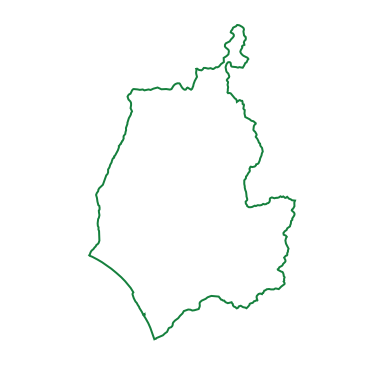 Chincha, Ica, Peru, rotated 333°
{"feature_id": "86281439B74998142298356", "entity_name": "Chincha", "entity_type": "district", "adm_level": 2, "iso_a3": "PER", "parent_name": "Peru", "parent_adm1": "Ica", "projection": "mercator", "projection_center": [-75.886, -13.298], "detail": "fine", "context": "isolated", "style": "outline", "palette": "green", "viewbox_px": 384, "rotation_deg": 333, "n_neighbors": 0, "source": "geoboundaries", "source_scale": "gbopen_adm2", "svg_char_len": 5981}
<svg xmlns="http://www.w3.org/2000/svg" viewBox="0 0 384 384"><g transform="rotate(333 192 192)"><path d="M71.7,201.7L71.9,202.4L73.7,204.4L77.2,209.4L80.0,213.8L85.3,223.8L87.9,229.8L90.3,235.9L91.9,241.1L93.8,249.6L94.2,254.8L93.0,255.5L92.5,256.3L91.9,260.3L91.9,264.0L92.4,265.7L92.4,267.9L92.7,270.4L92.5,271.3L92.9,276.1L92.8,278.9L93.1,279.2L93.4,278.9L93.9,279.0L93.5,279.3L93.9,279.4L94.1,280.0L93.4,280.4L93.2,279.8L93.0,280.5L93.3,283.7L93.5,289.1L93.2,294.2L91.6,306.1L92.3,306.1L93.1,306.4L93.8,306.0L101.0,306.5L103.7,305.7L106.3,305.3L109.3,302.9L110.0,302.7L112.0,303.0L113.5,302.5L114.5,301.6L115.2,300.4L116.1,299.7L118.5,298.8L122.4,298.2L125.1,296.9L128.4,295.9L130.6,294.4L135.3,295.0L137.2,296.2L138.4,297.7L140.3,298.4L144.8,299.3L146.7,297.7L147.3,296.9L148.3,294.5L149.2,293.8L151.3,293.2L155.7,293.4L158.0,292.9L160.9,293.2L162.1,293.4L168.3,297.3L169.1,301.2L169.9,301.8L170.5,303.0L171.4,303.4L171.8,305.3L173.4,307.3L177.2,308.2L177.2,309.5L177.5,310.4L177.0,311.7L177.3,313.0L178.5,314.5L178.9,315.9L179.7,316.1L180.9,315.9L181.7,315.2L182.2,315.2L183.8,315.5L185.2,317.8L187.0,319.2L187.8,320.3L190.3,319.5L192.1,318.6L192.5,318.0L193.3,317.8L195.8,318.3L197.8,317.5L198.6,317.8L199.9,317.7L200.9,318.3L201.1,318.2L201.6,315.4L202.0,315.0L202.1,314.5L202.6,314.0L205.0,313.1L206.6,313.4L208.0,314.8L209.0,314.1L209.6,314.3L211.6,312.7L212.8,312.9L214.4,312.6L216.6,313.4L218.1,314.6L220.6,315.9L222.1,315.8L222.9,316.0L225.2,317.9L228.5,316.8L232.5,316.1L232.9,315.7L233.2,314.7L233.0,313.3L233.9,312.8L234.5,311.3L235.8,310.0L235.6,308.4L236.0,307.6L236.4,305.8L236.3,304.3L235.5,303.6L234.0,301.5L233.2,300.3L233.3,299.8L234.3,299.6L235.7,298.7L238.7,298.6L239.8,298.1L240.4,297.5L243.2,296.6L243.7,296.3L244.3,295.2L244.3,292.3L246.6,291.4L247.7,291.6L248.4,291.2L249.0,289.8L250.4,288.7L250.9,287.7L252.3,286.3L252.3,280.6L253.2,277.6L254.9,275.7L256.1,275.0L255.7,273.3L254.3,271.7L254.8,270.1L256.7,269.1L259.0,268.8L260.4,267.6L263.7,267.1L264.6,266.0L265.6,265.2L267.1,262.9L268.8,262.3L269.3,261.1L272.0,259.6L273.0,258.8L273.6,257.5L273.5,256.4L272.5,253.8L273.1,253.1L274.6,252.7L276.8,251.2L278.4,247.8L279.9,246.4L277.4,244.8L276.7,243.4L275.4,242.0L274.6,239.5L272.9,239.8L272.3,239.5L271.3,237.4L269.8,237.3L268.8,236.0L266.9,236.3L264.9,235.8L264.5,235.4L262.6,235.0L260.7,233.1L259.0,233.0L258.2,233.5L257.4,235.1L256.3,236.1L254.9,236.5L254.0,236.2L252.4,236.4L251.0,235.9L250.0,234.9L248.1,235.2L246.3,234.7L244.6,233.6L242.5,233.5L241.8,232.7L238.7,232.6L237.4,232.2L235.8,231.4L234.8,229.7L235.0,228.7L234.7,226.8L235.4,225.0L237.5,224.2L238.0,223.4L238.6,220.5L238.9,220.0L240.2,216.5L240.4,214.4L241.0,212.0L241.6,210.8L242.2,208.6L243.9,205.3L246.1,204.4L247.2,202.7L248.3,202.4L251.0,200.6L252.5,200.0L253.2,199.3L253.7,197.5L255.5,196.1L255.9,196.1L256.9,197.1L259.4,197.8L261.1,197.3L261.7,196.5L263.3,196.8L264.3,196.6L266.6,194.7L268.0,193.0L270.5,191.0L271.8,189.3L273.4,188.1L274.4,184.6L273.9,181.7L274.6,179.8L274.0,178.3L274.3,176.9L274.3,174.1L273.8,171.9L274.0,171.5L275.1,170.9L275.7,170.0L275.6,167.1L275.0,165.5L274.9,164.5L277.0,161.4L278.5,160.4L279.8,160.1L280.0,159.6L278.9,156.9L277.5,155.7L276.9,154.8L276.4,153.4L273.5,149.4L274.4,145.9L276.2,142.9L275.7,141.8L275.7,140.9L277.8,138.1L277.9,137.5L277.3,137.1L277.1,136.5L277.9,134.8L278.1,133.6L277.0,132.9L276.4,131.9L276.0,131.7L272.9,132.1L273.4,130.7L273.4,129.3L272.7,128.1L271.3,121.8L270.5,120.9L269.0,120.3L268.8,119.4L269.9,118.0L270.6,116.6L271.8,115.0L272.3,112.7L273.9,110.7L274.1,109.9L273.7,108.8L273.8,108.1L274.7,107.5L277.0,106.7L277.7,105.9L278.1,102.9L277.4,100.8L277.5,99.6L278.6,96.0L280.9,93.7L282.8,92.8L283.8,93.0L284.7,93.6L285.0,94.6L284.1,97.2L284.2,98.1L284.7,98.6L288.1,100.8L289.1,101.8L289.6,102.1L290.8,102.2L293.6,104.3L295.5,103.2L298.2,101.2L299.4,101.3L301.5,99.6L302.6,99.1L302.4,97.6L299.7,94.0L299.1,92.6L298.6,90.6L298.7,89.0L299.7,87.9L302.3,86.2L302.7,84.9L303.7,84.6L305.5,84.7L306.2,82.1L307.7,81.0L308.9,80.7L309.6,79.8L310.2,78.3L309.8,77.7L309.8,76.9L309.5,76.4L309.5,76.0L310.7,72.3L312.0,70.9L312.2,70.4L312.3,69.2L311.7,67.7L309.9,65.0L308.3,63.8L307.9,63.7L306.5,64.3L303.5,64.2L303.0,64.4L301.7,65.5L299.8,66.4L299.0,67.3L299.2,67.9L300.4,69.4L300.6,70.9L300.1,72.0L298.8,72.8L295.9,73.8L294.0,74.9L289.6,74.9L288.2,75.8L287.4,77.3L287.6,78.5L289.0,81.8L288.9,82.8L288.7,83.5L286.9,85.9L284.4,86.6L281.1,86.9L279.4,90.7L275.9,91.2L273.2,92.4L271.5,92.5L270.0,91.7L267.1,92.1L266.3,91.8L264.8,90.1L262.4,89.4L260.2,87.5L258.8,86.8L257.0,87.7L255.7,87.9L253.7,86.5L252.5,84.4L251.6,84.2L251.5,85.1L249.9,87.4L249.5,88.3L248.7,91.7L245.0,94.2L242.5,96.5L240.8,98.6L240.2,98.9L239.0,100.1L237.6,100.4L235.5,97.0L234.7,97.0L233.0,97.9L232.2,97.7L231.6,97.2L230.8,95.5L230.5,93.9L230.3,89.9L230.0,89.4L228.3,88.5L226.3,88.3L225.1,88.5L223.7,89.0L220.4,91.0L218.8,90.7L215.7,88.5L211.4,86.6L208.8,83.3L204.5,82.4L201.5,82.3L199.8,80.9L195.7,79.8L194.7,78.3L191.9,77.3L190.1,75.9L186.8,73.8L186.2,73.7L184.8,74.2L181.8,76.5L180.4,76.4L179.3,76.8L177.9,77.7L177.8,78.1L177.4,80.8L178.2,83.3L178.1,85.0L177.2,86.9L175.3,89.5L175.2,92.9L173.5,94.1L172.8,95.1L171.8,95.9L169.3,97.5L165.8,101.1L165.4,102.0L162.2,105.0L161.4,106.9L159.9,108.5L158.9,110.0L156.7,111.0L156.0,111.8L155.4,113.3L153.6,114.8L152.6,115.0L152.2,115.6L151.3,115.9L150.7,116.8L149.5,116.9L148.3,117.8L147.7,117.8L147.1,119.1L144.9,121.2L140.0,124.6L138.7,124.9L138.5,125.7L138.1,126.1L137.1,126.1L136.3,126.5L134.5,128.2L133.8,129.1L131.5,130.6L129.6,132.6L127.5,133.8L126.1,136.5L124.7,137.7L123.2,138.2L115.9,145.1L111.1,146.5L109.7,147.4L108.7,148.7L106.6,149.8L105.2,151.1L104.6,154.2L103.4,157.6L102.6,161.2L103.1,162.2L102.5,164.1L101.6,165.7L100.6,166.2L100.0,167.5L99.0,170.6L97.4,172.6L96.1,173.5L93.7,177.1L92.7,179.5L92.7,181.0L91.6,183.0L91.5,184.5L87.4,193.3L85.7,195.0L84.1,195.7L83.0,195.7L81.4,196.8L80.0,197.2L78.3,198.1L75.8,198.7L74.1,199.8L72.4,201.5L71.7,201.7Z" fill="none" stroke="#15803d" stroke-width="2"/></g></svg>